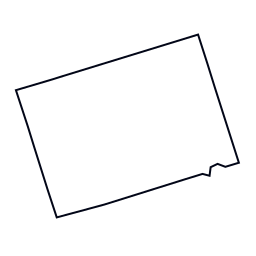 Winston, Alabama, United States of America (Mercator projection), rotated 342°
{"feature_id": "52423323B52352722786061", "entity_name": "Winston", "entity_type": "district", "adm_level": 2, "iso_a3": "USA", "parent_name": "United States of America", "parent_adm1": "Alabama", "projection": "mercator", "projection_center": [-87.367, 34.146], "detail": "fine", "context": "isolated", "style": "outline", "palette": "ink", "viewbox_px": 256, "rotation_deg": 342, "n_neighbors": 0, "source": "geoboundaries", "source_scale": "gbopen_adm2", "svg_char_len": 378}
<svg xmlns="http://www.w3.org/2000/svg" viewBox="0 0 256 256"><g transform="rotate(342 128 128)"><path d="M33.1,57.4L33.2,95.5L32.9,117.1L32.5,161.3L32.6,191.0L81.9,193.5L166.7,194.4L184.7,194.7L190.8,198.6L194.5,190.8L202.1,189.8L208.6,195.0L222.7,195.3L223.1,116.4L223.4,91.9L223.5,60.8L82.6,58.5L71.2,58.4L33.1,57.4Z" fill="none" stroke="#020617" stroke-width="2"/></g></svg>